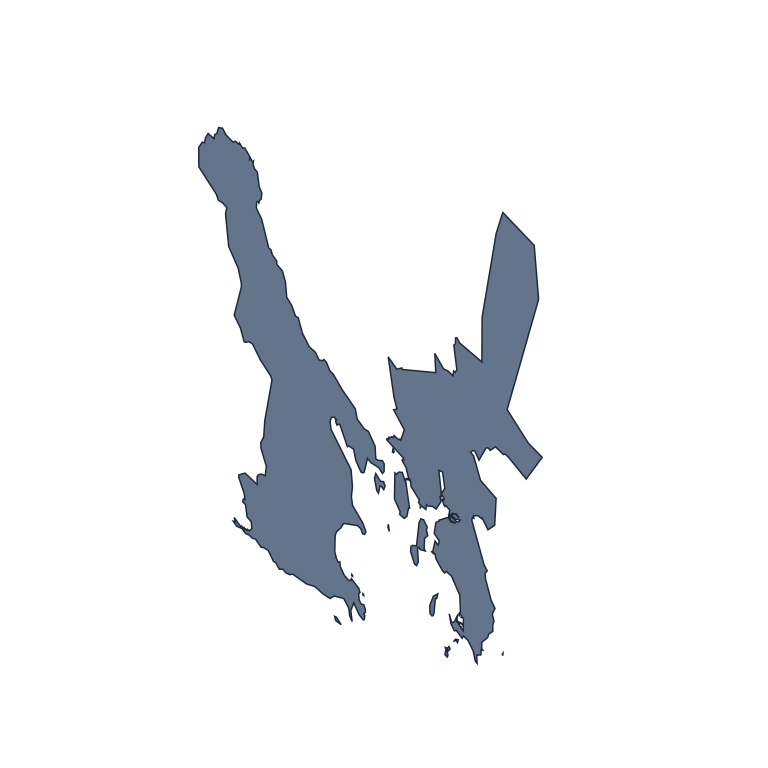 outline of Reykjavíkurborg, Reykjavík, Iceland, rotated 252°
{"feature_id": "244011B48219786980381", "entity_name": "Reykjavíkurborg", "entity_type": "district", "adm_level": 2, "iso_a3": "ISL", "parent_name": "Iceland", "parent_adm1": "Reykjavík", "projection": "equal_earth", "projection_center": [-21.784, 64.152], "detail": "fine", "context": "isolated", "style": "filled", "palette": "slate", "viewbox_px": 768, "rotation_deg": 252, "n_neighbors": 0, "source": "geoboundaries", "source_scale": "gbopen_adm2", "svg_char_len": 6175}
<svg xmlns="http://www.w3.org/2000/svg" viewBox="0 0 768 768"><g transform="rotate(252 384 384)"><path d="M673.1,290.1L668.8,288.0L670.2,285.9L666.1,280.8L647.7,275.0L616.2,283.2L609.8,283.3L606.3,286.4L600.3,289.0L595.0,285.9L562.8,278.8L539.4,281.1L524.8,279.6L520.6,278.5L495.8,262.8L481.4,264.8L467.4,264.0L466.2,265.6L466.3,268.2L462.9,271.3L445.4,273.8L426.7,278.7L422.4,278.7L386.2,259.4L371.0,253.3L366.4,248.7L360.7,247.1L342.1,246.7L333.5,242.7L336.4,239.2L336.4,236.2L334.9,234.6L327.7,232.3L342.2,224.3L342.5,218.0L340.7,217.0L322.8,217.2L316.9,215.9L318.0,214.7L315.8,213.2L312.0,215.0L299.9,212.7L294.1,215.2L287.2,213.5L285.9,210.7L287.9,209.3L287.1,208.4L289.1,207.7L288.7,206.4L290.9,206.5L290.6,205.5L293.0,204.6L292.7,203.7L303.2,200.3L298.9,199.8L300.0,198.3L294.3,199.9L290.5,204.2L284.3,206.3L282.2,208.9L278.0,211.1L276.4,213.8L266.6,216.7L265.6,219.0L261.3,222.5L249.3,224.1L247.5,225.8L240.1,227.2L239.3,230.5L234.8,232.2L231.8,235.4L231.4,238.4L217.8,248.5L212.7,255.7L203.4,261.0L196.6,266.5L197.7,271.1L192.5,279.4L181.7,281.2L173.9,279.7L167.9,280.3L178.7,282.4L185.1,287.6L172.2,289.1L166.0,291.4L166.0,292.4L169.4,294.1L171.9,293.9L172.4,295.7L175.4,296.6L180.3,296.6L181.8,294.3L186.2,293.6L192.3,295.1L193.1,296.8L197.4,296.9L209.0,292.8L207.4,291.6L208.7,289.5L214.4,287.1L224.0,286.0L228.5,287.1L228.5,285.4L232.8,284.8L239.9,285.4L255.2,290.8L258.1,293.2L260.5,298.6L263.9,302.5L257.6,314.9L253.7,317.2L248.1,317.4L247.0,319.1L248.8,321.1L258.3,320.9L278.0,316.6L286.7,318.1L296.2,322.3L312.6,326.2L357.3,319.6L365.4,321.3L368.5,323.9L367.8,326.7L364.3,327.1L365.4,328.3L363.3,326.4L359.4,326.6L359.9,328.6L359.1,329.5L335.6,329.8L336.0,331.3L331.4,334.9L319.9,333.6L307.3,334.9L305.9,336.6L306.3,337.9L318.3,345.3L313.1,347.3L306.2,353.1L299.3,354.9L300.8,357.1L308.0,359.5L311.6,358.8L313.4,354.6L315.4,353.1L327.7,356.3L343.8,354.5L347.3,351.4L358.8,347.7L369.4,349.0L391.4,342.5L408.6,338.9L413.6,336.6L422.8,335.9L425.9,334.4L425.1,332.7L427.0,329.6L435.2,328.6L442.6,324.4L457.6,322.1L473.5,322.9L475.9,320.8L487.2,320.5L496.6,318.3L511.5,321.8L522.9,322.3L530.9,319.0L533.8,320.0L541.5,317.7L546.4,318.0L549.0,316.4L578.6,318.6L590.8,317.0L596.7,319.2L596.4,320.7L594.9,320.9L596.9,322.2L597.8,324.3L603.3,326.8L610.3,326.3L624.6,329.0L628.7,327.4L633.7,327.4L636.3,328.7L635.7,327.6L640.0,326.9L639.1,325.5L641.8,326.6L651.6,324.5L652.2,322.4L658.0,321.0L657.0,320.0L660.9,317.6L660.7,315.1L670.0,310.6L677.1,309.5L679.0,306.0L674.0,302.5L673.4,300.0L669.9,298.1L676.6,294.2L673.1,290.1ZM330.2,369.3L307.4,379.7L305.6,379.4L306.4,378.4L305.7,377.6L297.8,379.1L287.1,378.3L283.8,379.5L286.1,378.2L287.2,376.1L287.0,375.0L285.7,374.1L294.3,374.1L295.7,370.7L294.3,368.0L296.1,366.9L271.4,358.4L257.5,359.9L255.2,358.5L249.9,361.7L251.1,364.9L258.4,369.0L258.0,369.9L286.4,374.9L285.5,377.7L282.7,379.3L278.4,378.0L262.6,381.8L260.6,380.2L257.5,381.2L254.3,379.8L256.9,381.6L251.7,385.0L256.1,387.1L254.3,388.1L252.5,392.5L248.9,394.9L254.5,401.8L259.5,402.5L259.0,403.4L264.0,405.1L285.1,409.5L282.2,412.5L266.0,409.6L262.0,404.7L256.3,405.7L255.0,404.7L256.5,403.8L256.4,403.6L250.2,403.6L248.7,404.2L249.3,405.1L243.9,407.6L239.8,405.5L238.9,407.0L239.9,409.0L238.0,412.6L233.1,414.1L237.8,412.3L239.4,408.7L238.3,407.7L233.7,409.8L231.0,414.4L229.7,412.6L230.5,410.6L237.6,406.7L239.1,404.9L236.7,404.4L238.2,405.2L237.4,406.1L233.8,404.8L229.4,409.5L232.1,404.9L237.3,403.8L237.5,394.2L236.6,394.0L236.4,390.7L226.6,385.6L217.4,388.1L214.1,385.5L218.9,384.0L210.1,378.9L207.5,379.1L210.4,377.1L206.9,378.9L206.2,380.1L202.2,379.3L188.5,381.9L185.5,383.2L186.4,385.4L180.5,388.8L159.7,390.8L143.8,386.3L142.4,384.3L140.9,384.3L142.3,385.5L139.6,386.0L137.4,384.7L138.9,385.9L136.6,387.1L130.0,384.9L134.0,383.0L129.3,384.5L124.9,383.1L128.2,381.8L129.9,382.6L129.0,381.9L131.4,381.1L132.9,382.2L134.2,381.8L132.9,380.8L136.0,380.6L135.1,380.0L136.0,379.7L142.1,383.2L136.0,377.2L136.0,375.6L136.8,374.7L145.3,375.0L135.2,373.6L127.5,374.6L127.2,376.6L118.0,379.8L119.8,381.6L114.5,384.6L102.5,386.3L92.3,385.2L89.6,386.2L97.4,388.4L96.4,392.4L101.3,394.4L100.4,395.7L102.2,395.2L108.1,397.2L110.8,404.2L113.8,406.3L115.0,411.0L121.1,412.9L124.4,415.3L131.7,415.9L136.2,420.2L145.6,419.1L167.1,420.3L172.8,421.7L174.4,424.5L181.1,423.3L227.5,425.4L229.5,426.8L228.5,427.9L231.2,428.3L229.6,432.7L225.5,435.5L226.9,435.9L213.2,437.8L215.4,445.6L240.6,455.3L262.5,446.0L287.9,447.0L292.4,445.3L293.2,448.2L292.0,449.7L282.2,450.8L291.7,461.3L291.0,463.3L288.0,464.6L289.8,470.6L280.0,475.8L280.1,477.5L275.7,479.8L249.6,489.9L265.4,511.8L282.8,503.1L321.6,493.2L416.7,557.2L469.4,569.7L510.4,550.0L492.7,537.3L417.1,497.9L374.7,483.9L399.4,468.8L405.4,467.6L405.7,466.3L400.0,464.3L399.3,462.4L375.1,457.7L373.1,455.4L374.8,454.3L370.6,452.1L376.7,448.8L380.0,445.3L397.5,441.8L378.8,436.7L392.2,405.8L393.8,405.9L394.1,400.8L408.5,396.4L368.4,389.4L356.2,388.6L356.5,385.2L334.2,389.2L325.3,382.5L326.7,382.0L326.5,380.7L331.9,377.7L330.2,376.3L331.5,375.2L330.9,373.0L331.8,372.3L330.1,371.4L331.2,370.2L330.2,369.3ZM203.4,357.4L201.2,358.9L204.1,361.6L217.9,365.3L217.9,366.7L215.3,367.3L212.4,371.7L215.1,371.3L224.6,374.9L226.2,378.7L232.0,379.2L234.4,380.9L242.7,379.7L244.4,377.4L241.3,374.5L220.0,364.9L221.7,361.3L221.2,359.4L216.5,357.5L203.4,357.4ZM284.8,344.2L281.9,345.0L288.2,348.6L287.5,349.9L283.6,351.1L286.6,353.5L291.3,353.4L292.5,350.6L301.3,348.5L297.2,345.8L284.8,344.2ZM167.8,370.3L167.0,365.5L159.3,359.1L151.6,356.8L148.6,358.0L148.5,359.1L150.9,360.9L163.6,366.3L163.7,367.9L167.8,370.3ZM112.2,360.8L107.8,358.3L104.8,359.8L106.1,361.0L111.7,361.6L112.1,362.2L110.3,362.9L111.6,365.0L114.2,364.8L113.1,362.6L114.6,360.9L112.2,360.8ZM178.3,265.2L173.9,265.0L168.3,268.9L177.0,266.6L178.3,265.2ZM246.8,343.5L242.0,343.5L249.3,344.8L246.8,343.5ZM119.2,373.3L117.6,370.6L118.0,373.2L115.4,374.0L117.8,375.6L119.2,373.3ZM319.6,372.5L316.7,371.0L315.7,371.8L316.5,372.9L319.6,372.5ZM191.2,299.1L189.9,298.7L189.1,299.3L190.6,299.5L191.2,299.1ZM212.8,294.5L211.6,294.0L210.8,294.7L211.5,295.0L212.8,294.5ZM90.6,413.0L89.0,413.0L91.3,414.0L90.6,413.0Z" fill="#64748b" stroke="#1e293b" stroke-width="1.5"/></g></svg>